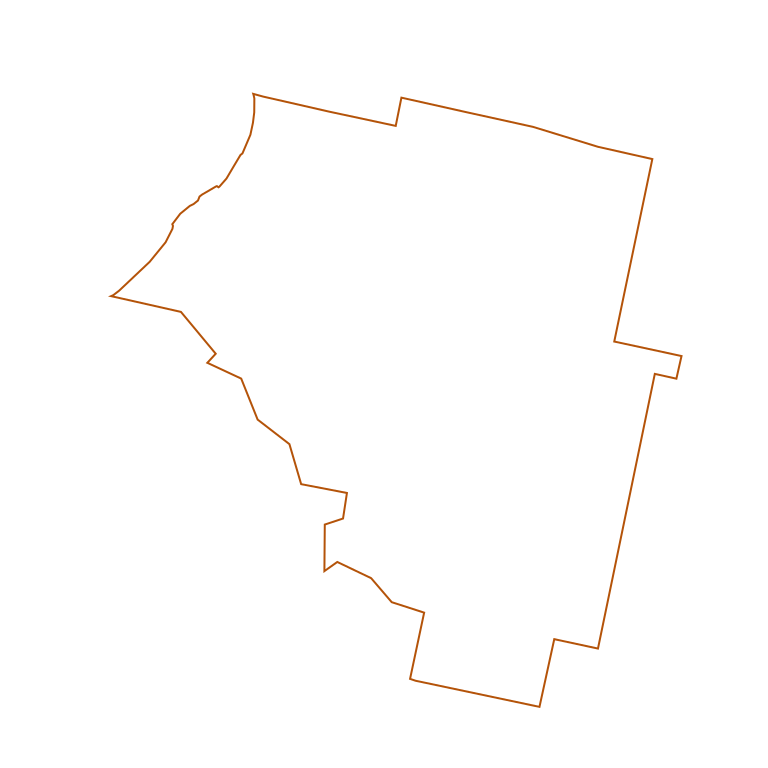 Warrick, Indiana, United States of America (Natural Earth projection), rotated 102°
{"feature_id": "52423323B97453793122167", "entity_name": "Warrick", "entity_type": "district", "adm_level": 2, "iso_a3": "USA", "parent_name": "United States of America", "parent_adm1": "Indiana", "projection": "natural_earth1", "projection_center": [-87.298, 38.062], "detail": "fine", "context": "isolated", "style": "outline", "palette": "amber", "viewbox_px": 768, "rotation_deg": 102, "n_neighbors": 0, "source": "geoboundaries", "source_scale": "gbopen_adm2", "svg_char_len": 931}
<svg xmlns="http://www.w3.org/2000/svg" viewBox="0 0 768 768"><g transform="rotate(102 384 384)"><path d="M294.8,98.8L294.6,167.6L247.2,167.8L108.2,168.3L107.5,224.0L101.5,291.8L101.0,359.4L100.3,426.5L129.1,426.2L129.0,494.4L128.0,561.9L127.4,572.2L128.3,571.7L131.6,570.2L145.3,567.4L155.7,566.5L168.0,566.5L187.9,570.4L189.8,572.0L202.1,576.2L215.8,580.8L225.1,586.0L225.5,586.3L226.0,586.8L225.2,588.6L225.7,589.4L236.5,601.3L239.0,603.4L243.2,604.1L247.6,607.7L250.2,611.0L259.8,618.7L271.7,624.3L273.2,623.3L276.2,623.2L290.8,627.1L312.6,638.3L312.9,638.4L347.8,662.5L353.4,667.3L354.8,669.2L355.7,597.6L389.4,554.9L400.0,561.2L408.4,524.8L445.1,500.2L462.5,464.0L499.2,444.2L498.3,397.6L524.1,396.1L533.8,412.7L579.4,403.4L567.8,392.7L576.6,356.2L595.8,331.1L599.3,297.2L667.0,297.2L667.7,291.4L667.5,164.8L598.2,164.4L598.3,119.7L317.8,121.2L318.0,99.1L294.8,98.8Z" fill="none" stroke="#b45309" stroke-width="2"/></g></svg>